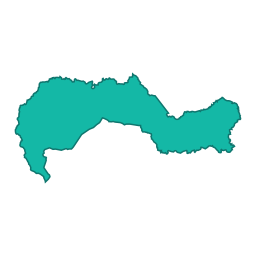 General Carneiro, Mato Grosso, Brazil (Mercator projection)
{"feature_id": "56859067B19597598383135", "entity_name": "General Carneiro", "entity_type": "district", "adm_level": 2, "iso_a3": "BRA", "parent_name": "Brazil", "parent_adm1": "Mato Grosso", "projection": "mercator", "projection_center": [-53.353, -15.607], "detail": "fine", "context": "isolated", "style": "filled", "palette": "teal", "viewbox_px": 256, "rotation_deg": 0, "n_neighbors": 0, "source": "geoboundaries", "source_scale": "gbopen_adm2", "svg_char_len": 5770}
<svg xmlns="http://www.w3.org/2000/svg" viewBox="0 0 256 256"><path d="M132.7,74.0L132.5,76.9L129.5,77.2L129.3,78.6L127.9,80.8L128.1,82.0L127.6,82.6L125.0,82.8L124.5,83.0L124.2,84.2L123.3,84.4L122.8,84.0L119.8,83.9L118.8,83.6L117.7,84.1L117.0,84.1L116.5,83.2L116.4,81.4L115.0,80.4L114.2,79.3L113.4,79.0L111.0,79.2L110.2,78.8L109.6,78.0L109.1,78.1L108.8,78.8L108.0,79.4L106.3,78.7L105.7,79.0L105.3,79.7L104.1,80.2L103.1,78.4L102.5,78.8L102.4,81.2L101.3,82.2L99.0,82.6L98.2,83.4L98.1,84.9L95.7,85.0L94.3,84.1L94.0,84.5L94.0,85.4L94.6,86.6L94.6,87.6L93.5,88.5L92.7,88.6L92.1,88.4L91.6,87.6L91.6,86.9L92.6,85.3L92.1,84.1L92.6,81.9L92.2,81.2L88.9,82.3L87.5,83.4L86.3,83.9L85.5,83.5L85.0,82.2L83.2,81.1L81.8,81.4L77.8,80.2L76.8,80.4L75.6,78.9L74.9,79.0L74.5,79.5L74.2,81.7L72.7,82.0L72.1,81.7L71.5,80.4L70.6,80.1L69.1,78.6L67.8,78.9L66.0,77.6L65.5,78.0L65.5,79.1L64.9,79.4L64.0,78.7L63.3,79.2L61.7,79.1L61.5,77.8L60.0,76.6L59.8,77.4L59.1,77.7L57.8,77.4L55.8,77.4L54.9,78.6L54.3,78.2L54.0,77.5L52.4,77.8L52.3,78.6L51.2,78.4L50.9,79.0L50.1,78.8L49.4,79.1L49.4,79.8L48.8,80.7L48.5,81.6L47.9,82.0L47.3,81.4L45.3,81.9L44.0,82.1L42.9,81.9L41.9,82.3L41.0,82.2L40.3,82.5L39.3,84.0L39.2,87.2L38.5,87.5L38.2,89.8L37.8,90.3L37.6,91.2L36.4,91.8L36.2,92.6L35.8,92.9L35.0,92.9L33.7,93.8L33.1,94.9L33.3,95.8L32.8,96.2L31.8,96.3L31.3,96.8L31.0,98.2L30.2,98.6L29.8,99.4L28.3,99.7L27.9,100.3L27.2,100.2L26.8,102.2L26.0,104.2L25.5,104.5L24.5,103.9L23.5,104.9L22.7,105.0L22.2,105.4L20.8,105.3L20.2,105.8L20.1,107.3L19.5,108.1L19.6,108.8L19.2,109.2L19.1,110.5L19.6,111.8L19.0,113.4L19.3,113.9L18.9,114.7L19.0,116.5L18.2,117.7L17.5,118.1L17.3,119.2L18.5,121.0L19.0,124.1L17.1,126.0L17.1,126.6L16.3,127.4L16.4,128.2L15.5,129.5L15.4,130.1L15.5,132.1L16.0,133.6L16.6,134.1L17.3,133.8L18.5,134.5L18.9,135.1L20.1,135.6L20.5,137.2L21.3,137.8L21.5,138.9L22.1,139.7L22.1,140.6L21.1,141.0L20.9,141.9L20.3,142.9L20.3,143.9L19.9,145.1L20.5,146.5L23.1,147.4L24.8,149.7L24.8,150.7L25.6,153.4L24.5,154.5L24.2,155.4L24.7,156.4L24.5,157.4L26.2,158.4L26.6,159.5L27.5,160.7L27.6,161.4L28.6,162.7L28.7,164.1L29.8,165.2L30.8,167.6L30.6,169.6L31.2,170.4L34.4,171.7L36.3,173.4L38.5,173.3L40.3,174.1L43.6,176.5L43.9,177.9L45.2,180.7L45.4,182.0L48.3,179.2L49.8,177.0L49.9,176.4L49.4,174.9L48.1,173.9L43.9,167.7L44.0,166.9L45.8,161.6L46.2,160.1L45.9,158.6L46.4,157.9L46.1,157.3L44.1,156.8L43.1,155.7L42.9,154.2L44.1,153.1L43.7,151.2L44.7,149.6L49.2,147.9L49.8,147.9L53.0,149.3L55.5,149.1L61.4,150.2L65.8,148.7L66.5,148.7L67.6,149.4L68.9,149.0L71.5,149.0L73.3,147.0L81.6,134.5L89.2,129.3L93.5,127.5L96.7,124.6L99.6,122.6L102.4,117.9L103.9,118.3L107.1,119.8L108.8,121.0L108.9,121.6L111.3,121.8L113.2,121.5L114.9,122.0L120.3,122.6L122.4,123.4L124.4,124.8L126.3,124.1L129.9,124.1L138.6,125.5L140.6,125.5L140.7,127.3L141.5,128.5L141.8,129.4L141.8,130.5L142.7,131.9L144.8,131.9L146.3,132.4L147.0,132.3L147.5,132.9L148.1,132.8L151.3,133.9L151.5,135.6L151.0,136.4L151.6,138.2L151.5,138.9L152.0,139.1L153.0,140.3L154.0,142.0L155.4,142.9L156.8,144.5L156.8,147.1L157.5,147.5L157.3,148.3L157.8,149.1L157.7,150.1L158.5,150.5L161.3,150.5L161.0,151.2L161.4,151.5L161.5,152.3L162.3,152.3L162.6,152.8L164.6,153.1L165.6,152.7L166.4,153.9L167.1,153.9L167.7,153.4L168.1,152.6L167.7,151.2L168.5,150.6L171.5,151.6L173.6,151.9L174.6,150.8L175.8,150.7L177.3,152.3L180.5,153.1L183.2,151.4L186.2,150.5L186.8,150.6L187.2,153.3L187.9,153.4L188.8,152.7L190.4,152.9L191.7,151.2L192.7,150.6L194.3,150.2L194.4,151.9L194.9,152.3L196.5,150.3L198.3,150.3L200.5,149.3L200.9,148.6L200.9,147.4L201.5,147.3L202.6,147.6L205.3,148.8L207.8,147.1L208.5,146.2L210.4,145.7L211.0,146.2L211.7,146.2L212.5,145.7L213.1,147.0L214.8,147.6L217.3,150.4L218.3,151.2L218.6,152.2L219.2,152.5L220.8,152.7L221.3,152.0L221.0,149.9L221.4,149.5L222.4,150.3L223.6,150.5L225.4,149.9L225.9,149.9L226.8,151.5L227.3,152.0L229.1,152.3L230.3,151.9L231.7,149.9L232.3,149.7L231.6,148.2L234.5,146.3L233.6,145.1L232.6,145.5L232.1,145.4L231.8,143.8L230.7,144.6L230.3,143.4L229.3,142.9L229.4,142.0L230.4,141.0L230.4,140.0L230.1,139.5L229.4,139.8L228.3,137.1L228.6,134.6L230.5,134.2L230.2,133.2L230.4,132.3L229.7,131.8L229.6,129.7L230.9,129.2L231.9,129.4L231.6,128.4L231.7,127.7L233.3,127.0L234.3,125.4L234.5,124.0L235.2,123.1L237.5,121.7L237.4,120.3L239.3,119.2L239.7,119.5L240.3,119.4L240.6,118.8L240.3,117.3L239.8,116.8L240.3,115.8L239.8,115.2L239.4,113.3L238.7,112.1L238.8,111.2L238.3,110.9L238.8,110.1L238.4,109.3L238.5,108.6L237.7,108.9L237.4,108.3L238.3,107.5L238.3,107.0L237.4,105.9L237.3,105.0L236.3,103.6L235.3,103.4L234.7,102.8L232.8,103.5L232.1,103.3L232.6,102.8L232.6,102.3L230.4,101.2L229.1,100.8L227.0,100.7L225.3,100.0L222.6,97.5L222.0,97.5L221.6,98.3L220.8,98.5L218.6,100.1L217.7,100.3L217.2,100.7L217.2,101.7L216.7,101.4L216.1,100.7L215.1,102.4L213.5,102.8L213.8,103.6L213.6,104.4L212.3,105.1L211.7,104.6L211.4,106.2L211.0,106.6L210.2,106.6L210.2,107.3L209.8,107.7L209.4,107.2L208.8,107.5L207.8,108.9L204.7,109.7L203.9,109.2L203.4,109.9L202.7,110.1L201.0,110.1L200.9,110.7L200.3,111.4L199.5,110.7L195.0,112.0L192.3,111.4L191.6,111.5L191.1,112.0L190.3,111.8L189.5,112.2L188.4,111.5L187.6,111.4L187.0,111.4L186.5,112.4L185.5,111.9L184.6,111.9L183.5,114.3L183.4,115.3L182.3,115.9L181.9,116.4L180.7,116.8L180.4,117.7L179.4,117.9L178.8,119.0L177.0,119.4L175.7,119.1L174.4,118.0L174.3,117.3L173.5,116.6L172.1,116.1L171.5,116.8L170.9,117.0L170.4,116.8L170.1,116.4L169.3,116.3L168.1,116.9L167.5,116.3L166.6,114.7L166.8,113.8L168.5,113.2L155.1,95.8L153.6,95.7L151.7,95.1L149.7,95.6L149.1,94.8L148.0,94.1L147.7,93.3L147.8,91.4L146.7,89.3L144.9,87.8L144.0,87.6L143.4,86.2L140.1,84.0L140.5,82.5L139.2,81.2L138.8,80.1L137.9,79.4L138.0,78.3L137.6,77.7L135.8,75.8L133.9,75.1L132.7,74.0ZM161.5,152.3L160.6,152.1L160.9,152.8L161.5,152.3Z" fill="#14b8a6" stroke="#0f766e" stroke-width="1.5"/></svg>